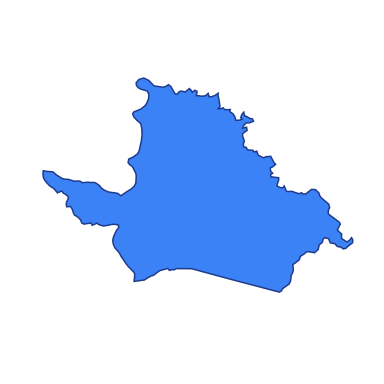 the district of União da Vitória, Paraná, Brazil, rotated 70°
{"feature_id": "56859067B10931018251693", "entity_name": "União da Vitória", "entity_type": "district", "adm_level": 2, "iso_a3": "BRA", "parent_name": "Brazil", "parent_adm1": "Paraná", "projection": "robinson", "projection_center": [-51.106, -26.121], "detail": "fine", "context": "isolated", "style": "filled", "palette": "blue", "viewbox_px": 384, "rotation_deg": 70, "n_neighbors": 0, "source": "geoboundaries", "source_scale": "gbopen_adm2", "svg_char_len": 3610}
<svg xmlns="http://www.w3.org/2000/svg" viewBox="0 0 384 384"><g transform="rotate(70 192 192)"><path d="M70.2,207.1L73.0,207.8L75.6,206.8L77.7,205.1L81.9,199.4L85.8,199.2L89.7,201.1L92.9,203.9L95.0,206.8L96.6,212.0L96.9,219.5L98.2,221.0L101.5,221.0L105.9,219.2L108.6,217.6L110.8,216.8L116.1,217.7L121.5,219.5L126.9,222.3L134.8,227.3L136.4,228.7L137.7,230.7L139.0,235.3L139.4,240.2L142.6,242.0L144.9,241.3L147.7,239.3L155.3,238.4L158.1,239.0L164.3,241.7L166.7,244.1L168.5,248.5L169.2,252.2L171.2,260.1L167.8,262.4L166.0,265.6L164.6,268.4L163.0,271.0L160.4,273.6L157.2,275.9L154.3,276.7L151.7,278.5L149.7,280.4L148.5,283.6L147.2,286.6L146.3,289.7L145.8,291.8L143.8,293.3L142.6,295.2L142.1,297.9L140.2,300.8L137.8,303.9L136.6,306.9L135.1,309.2L129.6,313.5L125.5,315.8L122.8,321.7L121.1,324.5L123.1,325.5L125.3,326.2L127.8,326.7L130.8,326.3L133.7,325.3L137.0,323.9L138.9,322.7L141.1,320.9L144.1,319.7L146.8,318.7L146.6,316.4L146.6,314.0L149.3,313.2L151.3,311.3L153.1,310.4L154.9,310.0L156.7,311.3L158.4,313.2L160.7,314.5L163.0,314.8L164.1,311.1L167.5,310.4L170.8,310.6L173.6,310.3L175.6,308.5L178.1,307.0L180.4,306.2L183.4,306.2L185.2,304.5L185.6,302.4L186.1,299.9L186.6,297.5L189.1,297.2L189.1,294.6L188.6,292.3L190.7,290.7L192.1,288.9L193.6,287.0L194.2,284.3L194.7,281.1L195.1,278.1L196.2,275.1L198.0,272.4L200.5,273.2L202.0,275.8L204.2,278.1L206.1,280.0L207.8,281.5L210.4,283.0L212.8,283.6L215.0,283.8L217.0,283.6L218.8,283.3L221.4,282.2L224.7,281.1L227.9,280.7L230.4,280.1L233.0,279.4L235.4,278.8L238.1,278.1L240.7,277.2L242.7,276.2L245.2,275.1L247.4,274.1L249.4,273.9L252.1,275.0L256.2,277.0L258.4,266.8L257.3,262.0L257.0,259.1L257.1,256.4L255.3,251.1L254.9,248.8L255.6,240.9L258.0,240.0L258.1,237.9L259.0,235.3L258.7,232.7L264.0,218.5L287.0,185.9L292.4,178.1L315.9,144.2L315.6,141.8L313.9,140.2L311.6,132.0L309.0,129.6L304.3,127.3L301.4,124.3L298.6,123.0L294.7,122.1L293.9,118.9L292.4,114.4L289.5,112.1L288.5,107.5L287.4,104.9L288.2,102.4L291.0,97.6L289.2,93.1L285.3,90.6L283.8,86.6L280.9,84.8L280.4,82.7L282.6,79.6L287.1,79.5L289.3,75.6L293.0,73.9L294.6,71.1L297.3,69.2L297.5,66.5L296.6,64.7L294.6,58.4L292.0,57.3L289.5,57.7L291.5,60.9L291.8,63.6L288.7,65.9L287.0,67.4L282.7,65.8L280.0,67.2L277.4,68.4L272.9,63.7L270.9,63.8L259.1,71.5L255.5,69.9L253.8,68.0L250.1,67.7L241.4,72.7L239.1,73.2L236.2,73.1L232.0,75.2L230.4,78.7L231.7,82.8L232.7,85.6L232.0,88.2L230.2,89.3L230.2,92.1L227.3,95.8L225.4,98.0L224.9,100.2L223.8,102.9L220.0,103.2L217.9,103.3L219.2,105.4L217.6,108.1L215.1,110.1L212.4,108.1L210.5,106.5L208.2,105.7L207.0,108.2L205.7,110.6L204.6,112.8L202.5,112.1L202.0,109.8L198.9,111.0L196.0,110.1L196.0,107.7L194.6,104.0L192.5,104.9L185.4,105.8L184.1,110.6L184.5,112.9L180.3,117.0L178.4,117.3L175.8,117.1L175.6,120.0L173.6,120.5L172.6,122.9L171.3,125.4L168.5,125.8L167.4,128.1L164.4,127.3L162.3,125.5L159.8,125.3L156.8,125.4L154.4,124.4L152.9,119.1L149.8,118.6L149.3,122.5L147.4,121.0L145.6,117.4L146.7,114.1L146.5,109.9L143.8,110.3L142.6,112.6L139.9,114.6L138.4,116.5L134.7,116.1L136.0,118.4L138.8,120.8L140.7,120.0L140.7,123.2L139.6,126.3L135.7,126.0L132.6,126.7L129.4,129.0L127.6,127.8L126.7,130.8L125.7,133.1L123.5,134.0L123.7,136.1L122.6,138.9L121.6,136.6L116.8,135.5L109.8,134.4L108.1,133.7L109.1,137.1L109.1,141.2L108.4,143.3L104.9,143.1L106.2,146.4L105.2,150.5L104.0,152.3L103.1,155.0L99.2,152.8L97.4,154.5L98.3,157.7L96.2,158.0L93.9,159.1L95.7,164.3L93.4,167.6L93.5,170.1L95.1,172.6L93.6,174.5L91.3,174.8L88.9,175.2L85.6,175.8L83.1,177.4L83.8,180.1L83.7,183.3L79.3,191.4L75.9,192.9L72.5,194.4L68.4,198.3L68.1,203.3L70.2,207.1Z" fill="#3b82f6" stroke="#1e3a8a" stroke-width="1.5"/></g></svg>